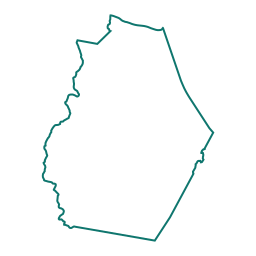 outline of Lepaera, Lempira, Honduras
{"feature_id": "27666195B68722731922498", "entity_name": "Lepaera", "entity_type": "district", "adm_level": 2, "iso_a3": "HND", "parent_name": "Honduras", "parent_adm1": "Lempira", "projection": "mercator", "projection_center": [-88.631, 14.834], "detail": "fine", "context": "isolated", "style": "outline", "palette": "teal", "viewbox_px": 256, "rotation_deg": 0, "n_neighbors": 0, "source": "geoboundaries", "source_scale": "gbopen_adm2", "svg_char_len": 5436}
<svg xmlns="http://www.w3.org/2000/svg" viewBox="0 0 256 256"><path d="M67.9,106.5L68.3,107.8L68.6,108.2L69.3,109.8L69.6,110.4L69.6,110.6L69.7,111.9L70.2,112.9L70.3,113.3L70.3,113.5L70.2,113.7L69.6,115.1L69.0,116.7L68.8,117.5L68.7,117.9L68.5,118.1L68.3,118.2L67.2,118.7L66.6,119.1L64.2,120.4L63.7,120.8L63.4,121.1L63.2,121.4L63.0,121.5L62.0,121.7L61.0,121.7L60.8,121.8L60.5,122.1L60.2,122.6L60.1,123.9L60.0,124.1L59.7,124.2L58.1,124.9L56.6,125.0L55.5,125.1L55.3,125.2L54.9,125.4L54.5,125.8L53.7,126.6L53.5,126.9L53.3,127.3L52.8,127.9L52.4,128.5L51.2,130.7L51.3,131.9L51.3,132.1L51.1,132.5L50.7,132.9L49.9,134.5L49.7,135.0L49.4,136.3L48.5,137.6L48.0,138.0L47.6,138.7L46.3,141.1L45.8,142.3L45.6,142.7L45.4,144.3L45.4,144.6L45.6,145.4L45.6,145.6L45.4,145.7L45.0,145.9L44.5,146.2L44.4,146.5L44.3,147.1L44.3,148.1L44.5,148.7L44.7,149.2L45.0,149.5L45.4,150.0L45.7,150.6L46.0,151.1L46.1,151.6L46.3,152.5L46.6,153.8L46.7,154.1L47.1,155.1L47.2,155.3L47.2,155.5L47.1,155.9L46.9,156.3L46.6,156.8L46.1,157.6L45.2,159.5L44.9,160.1L44.8,160.3L44.9,160.7L44.9,161.3L44.8,161.8L43.8,162.6L43.6,162.8L43.7,163.3L44.0,164.0L44.3,164.5L45.1,165.8L45.2,166.1L45.4,167.4L45.3,167.7L45.0,168.4L44.7,170.0L44.7,170.8L44.7,171.3L44.4,171.6L43.8,172.8L43.1,173.8L43.0,174.1L42.9,174.9L42.8,175.7L42.9,177.1L43.2,177.8L43.9,179.2L44.1,179.8L44.1,180.2L44.2,180.3L44.4,180.4L44.7,180.6L46.9,181.2L48.2,181.6L50.6,182.0L51.3,182.2L51.7,182.4L52.0,182.5L52.4,183.1L53.0,183.6L53.3,183.6L54.4,183.7L54.7,183.7L55.1,183.9L55.7,184.3L55.8,185.1L55.7,185.6L55.7,185.8L55.6,186.1L54.7,187.8L54.4,188.5L53.9,189.3L53.8,189.8L54.2,190.2L55.0,190.6L56.7,192.4L58.0,193.7L58.3,194.0L58.5,194.4L58.5,194.7L58.4,195.0L58.2,195.4L57.9,195.7L57.8,195.8L57.6,197.9L57.5,198.9L57.3,200.6L57.4,201.3L57.7,202.0L58.1,202.7L58.7,203.5L58.9,204.0L59.0,204.4L59.1,204.6L59.0,204.8L58.7,206.2L58.8,206.8L58.8,207.2L58.9,207.4L59.1,207.6L59.8,208.0L60.2,208.2L60.9,208.3L61.3,208.4L62.0,208.8L62.5,209.1L62.9,209.4L63.4,210.1L63.7,210.6L63.8,211.0L63.8,211.5L63.7,212.0L63.2,213.4L63.0,213.9L62.8,214.1L62.2,214.4L60.4,215.7L60.0,216.1L59.7,216.5L59.5,217.1L59.0,217.8L58.8,218.3L58.8,218.5L58.8,219.0L59.1,219.4L59.3,219.5L60.0,219.5L61.3,219.4L61.5,219.4L61.8,219.6L62.6,220.4L63.2,221.2L63.3,221.2L63.9,221.4L64.3,221.6L64.6,221.8L64.7,222.2L64.7,222.5L64.5,223.0L64.2,223.6L64.1,224.0L64.1,224.4L64.2,224.8L64.8,224.8L65.4,224.8L65.7,225.0L66.4,225.3L68.2,225.9L68.3,226.0L68.5,226.2L69.1,227.1L69.4,227.5L69.8,227.8L70.3,227.9L70.8,228.0L71.5,227.9L73.6,226.6L74.1,226.5L74.6,226.5L75.0,226.7L154.8,240.6L170.0,217.3L193.4,173.8L193.4,173.5L193.4,173.3L193.3,173.1L193.1,173.0L193.1,172.9L193.0,172.1L193.0,171.6L193.2,171.3L193.8,170.3L194.6,168.9L195.0,168.3L195.3,167.7L195.4,167.1L195.4,166.6L195.7,165.6L195.6,164.6L195.6,164.2L196.3,163.6L196.5,163.2L197.0,162.6L197.1,162.2L197.3,161.8L197.6,161.4L197.8,161.2L198.0,161.1L198.4,160.9L199.5,161.0L200.0,160.8L200.3,160.8L200.5,161.1L200.8,161.6L200.9,161.9L200.9,162.3L201.1,162.3L201.5,162.2L201.8,162.1L202.0,162.0L203.4,159.8L203.5,159.6L203.0,158.9L202.9,158.7L202.8,158.4L202.9,157.9L202.9,157.4L202.9,156.9L203.1,156.4L203.2,155.9L203.3,155.1L203.3,154.5L203.1,154.0L203.0,153.1L202.8,152.8L202.6,152.7L202.3,152.8L201.7,153.0L201.4,153.0L201.4,152.9L201.3,152.7L201.5,152.0L202.0,150.7L203.1,149.6L203.4,149.3L203.7,149.2L204.0,149.1L204.5,149.2L204.8,149.0L204.8,148.8L204.8,148.7L204.7,148.4L213.2,132.6L209.4,128.2L189.7,97.9L188.7,96.3L186.8,93.1L185.9,91.5L184.2,88.2L182.7,84.8L181.0,80.8L163.0,28.1L162.9,28.0L162.6,28.3L162.3,28.8L162.1,29.1L161.6,29.5L161.1,29.8L160.2,30.0L159.2,30.1L158.4,30.1L157.5,30.1L156.8,30.0L155.8,29.8L153.6,29.1L151.2,28.3L148.0,27.0L147.0,26.7L145.9,26.4L144.0,26.0L142.4,25.8L137.7,25.3L135.9,25.0L134.5,24.7L132.1,24.0L129.6,23.0L128.0,22.5L127.2,22.2L125.1,21.8L123.6,21.2L122.7,20.9L121.9,20.4L121.1,19.8L120.1,18.9L119.6,18.6L118.9,18.1L118.0,17.7L116.4,17.1L113.5,16.0L111.6,15.5L110.9,15.4L110.5,15.4L110.3,16.6L110.3,17.0L110.3,18.3L110.2,19.7L109.8,20.4L109.7,21.1L109.8,21.6L110.0,22.3L109.9,23.3L109.7,23.9L109.3,24.2L109.0,24.4L108.5,24.5L108.1,24.9L107.6,26.5L107.7,28.0L107.8,28.2L107.9,28.4L108.7,28.9L109.0,29.1L109.3,29.9L109.4,30.5L109.5,30.7L109.8,30.9L110.4,31.1L97.3,43.9L77.5,40.3L76.8,42.1L76.7,42.5L76.7,42.8L78.3,46.2L78.4,46.4L78.4,46.9L78.7,47.8L80.0,50.9L80.3,52.2L81.1,54.5L81.2,55.0L81.3,55.4L81.2,55.9L81.0,56.5L81.0,56.8L81.0,57.0L81.2,57.6L81.4,57.9L81.8,58.5L82.5,60.0L82.8,60.4L82.9,60.6L82.9,61.0L82.8,62.1L82.9,62.5L82.8,63.2L82.4,64.5L81.4,66.1L80.5,67.1L80.5,67.5L80.2,68.1L79.8,69.1L79.6,69.4L79.2,69.9L78.0,71.0L77.7,71.3L76.7,71.9L76.4,72.2L76.3,72.4L76.2,72.7L76.3,74.2L75.8,75.7L75.5,76.4L75.3,76.7L74.9,77.0L74.6,77.2L74.1,77.3L73.6,77.6L73.3,77.9L73.2,78.1L73.3,78.7L73.6,80.1L73.7,81.9L74.0,83.5L74.0,84.2L73.7,86.9L73.8,87.5L73.9,88.0L74.1,88.4L74.3,88.8L74.6,89.2L75.0,89.6L75.5,90.0L76.3,90.4L76.7,90.7L77.0,90.9L77.2,91.1L77.5,91.7L78.3,93.3L78.4,93.5L78.8,93.9L78.9,94.2L79.0,94.4L79.0,94.7L78.8,95.3L78.7,95.6L78.5,95.8L78.2,96.1L77.9,96.3L77.6,96.4L77.3,96.5L77.0,96.5L76.7,96.4L76.2,96.1L74.8,95.3L72.7,94.5L71.4,94.5L70.2,94.6L69.6,94.8L69.2,94.9L69.0,95.1L68.8,95.3L68.4,95.7L68.2,96.2L68.1,96.7L67.9,97.5L67.7,98.3L67.1,99.7L66.5,101.3L66.3,101.6L65.6,101.9L65.4,102.2L65.2,102.3L65.2,102.6L65.3,103.1L65.4,103.6L66.3,104.7L66.8,105.0L67.1,105.5L67.7,106.1L67.9,106.5Z" fill="none" stroke="#0f766e" stroke-width="2"/></svg>